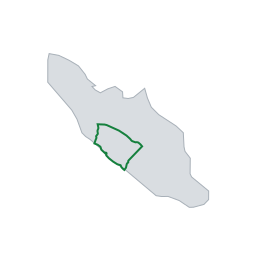 Jamaica, with Saint Ann highlighted, rotated 212°
{"feature_id": "JAM-1379", "entity_name": "Saint Ann", "entity_type": "Parish", "adm_level": 1, "iso_a3": "JAM", "parent_name": "Jamaica", "parent_adm1": "", "projection": "orthographic", "projection_center": [-77.258, 18.33], "detail": "fine", "context": "in_parent", "style": "outline", "palette": "green", "viewbox_px": 256, "rotation_deg": 212, "n_neighbors": 0, "source": "natural_earth", "source_scale": "10m", "svg_char_len": 1582}
<svg xmlns="http://www.w3.org/2000/svg" viewBox="0 0 256 256"><g transform="rotate(212 128 128)"><path d="M129.3,92.5L141.4,96.2L153.9,98.2L159.4,98.3L164.5,99.5L176.0,108.5L185.2,113.4L220.3,124.3L232.1,143.3L234.3,149.3L225.2,152.9L213.8,154.2L202.9,154.4L192.8,150.8L188.4,148.0L177.9,146.7L180.5,144.1L175.9,142.9L170.1,143.2L165.8,150.6L161.0,156.4L151.8,155.8L148.3,150.9L143.5,153.1L139.6,156.8L134.9,170.5L127.4,163.7L119.3,158.0L109.0,155.6L88.3,155.2L78.6,153.3L70.5,141.7L67.3,138.4L59.2,135.4L51.1,122.1L48.2,120.2L26.2,117.3L21.7,110.0L23.1,103.5L30.5,95.5L34.0,93.2L46.2,93.6L57.8,91.2L63.0,87.8L68.3,85.5L110.3,91.4L120.0,91.5L129.3,92.5Z" fill="#d9dde1" stroke="#a8b0b8" stroke-width="1"/><path d="M108.9,90.5L110.0,90.6L112.6,91.2L114.6,92.5L117.8,91.6L122.9,91.6L128.1,92.2L131.8,93.2L132.2,93.6L132.6,94.9L133.1,95.4L133.6,95.4L134.2,95.1L134.5,94.8L134.4,94.6L138.9,95.4L139.4,95.7L141.1,97.2L141.6,97.5L144.9,97.7L148.3,97.1L148.4,97.5L149.3,101.4L149.3,101.9L149.5,102.7L149.7,103.1L150.2,103.6L150.5,103.9L150.7,104.3L150.5,106.7L150.5,107.0L150.7,107.4L152.0,108.9L152.4,109.5L152.7,110.5L152.8,111.4L153.0,112.0L153.1,112.3L153.8,113.1L155.7,115.1L149.7,118.5L147.7,119.2L134.3,121.0L125.3,120.8L120.4,119.9L118.5,119.2L117.9,119.1L117.5,119.1L114.1,119.8L113.9,120.0L113.2,120.5L112.8,120.7L112.1,121.0L111.6,121.1L111.2,121.1L108.7,120.7L106.3,119.9L110.3,101.0L110.3,100.5L110.3,100.0L109.8,99.3L109.6,99.0L109.6,98.7L109.9,98.0L110.0,97.4L109.9,96.6L108.8,93.6L108.7,92.8L108.9,90.7L108.9,90.5Z" fill="none" stroke="#15803d" stroke-width="2"/></g></svg>